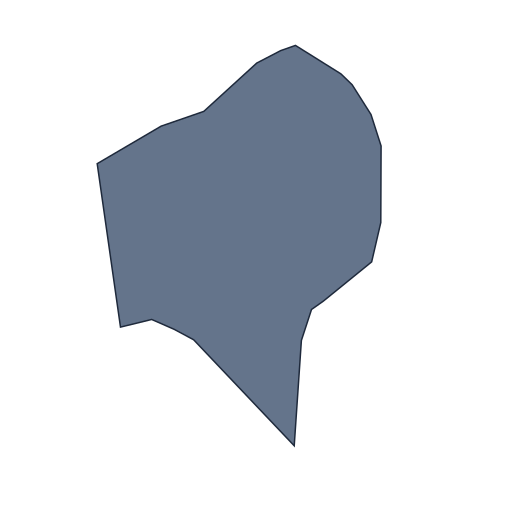 an SVG outline of Markovci, rotated 255°
{"feature_id": "SVN-272", "entity_name": "Markovci", "entity_type": "Municipality", "adm_level": 1, "iso_a3": "SVN", "parent_name": "Slovenia", "parent_adm1": "", "projection": "robinson", "projection_center": [15.962, 46.391], "detail": "fine", "context": "isolated", "style": "filled", "palette": "slate", "viewbox_px": 512, "rotation_deg": 255, "n_neighbors": 0, "source": "natural_earth", "source_scale": "10m", "svg_char_len": 422}
<svg xmlns="http://www.w3.org/2000/svg" viewBox="0 0 512 512"><g transform="rotate(255 256 256)"><path d="M329.9,405.3L256.0,385.2L220.4,366.2L195.0,309.4L190.0,295.8L162.7,278.0L62.8,243.8L191.2,174.1L206.5,157.8L221.7,138.8L222.4,106.7L386.3,126.5L406.0,198.0L409.2,243.0L442.2,306.7L448.0,333.0L449.2,348.6L409.9,385.2L396.5,393.2L362.9,403.7L329.9,405.3Z" fill="#64748b" stroke="#1e293b" stroke-width="1.5"/></g></svg>